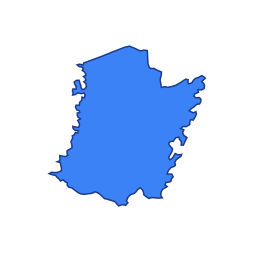 Augusto Pestana, Rio Grande do Sul, Brazil, rotated 68°
{"feature_id": "56859067B36732099712142", "entity_name": "Augusto Pestana", "entity_type": "district", "adm_level": 2, "iso_a3": "BRA", "parent_name": "Brazil", "parent_adm1": "Rio Grande do Sul", "projection": "robinson", "projection_center": [-54.004, -28.532], "detail": "fine", "context": "isolated", "style": "filled", "palette": "blue", "viewbox_px": 256, "rotation_deg": 68, "n_neighbors": 0, "source": "geoboundaries", "source_scale": "gbopen_adm2", "svg_char_len": 3119}
<svg xmlns="http://www.w3.org/2000/svg" viewBox="0 0 256 256"><g transform="rotate(68 128 128)"><path d="M143.7,62.6L140.9,59.5L138.3,58.9L138.4,61.7L136.6,63.5L134.9,64.8L133.6,61.6L133.3,59.5L131.8,55.3L132.5,52.7L130.9,50.7L128.5,49.6L126.5,50.5L125.4,53.8L123.1,55.0L121.4,53.3L121.3,49.3L118.6,48.9L120.3,45.4L119.9,42.6L117.4,41.2L115.5,41.0L112.5,42.3L110.9,37.8L108.9,38.6L107.1,39.9L107.5,43.5L107.3,47.0L108.2,49.4L110.1,52.0L109.8,55.2L108.0,55.4L105.9,54.1L104.4,56.0L104.7,58.6L105.4,61.1L105.8,64.2L106.3,67.9L105.9,72.3L105.1,76.1L103.4,78.6L102.9,81.8L95.3,80.2L90.8,77.0L88.6,76.0L86.1,78.5L84.3,80.3L82.6,81.3L81.8,83.7L80.3,85.6L75.8,85.4L63.4,81.1L61.7,84.2L61.3,87.2L59.6,89.3L57.5,91.1L56.0,92.5L54.7,94.0L52.7,95.9L51.9,101.0L51.8,106.0L51.8,109.0L51.7,111.5L51.7,120.9L51.7,126.1L51.1,144.7L52.8,146.1L50.7,148.9L50.4,151.5L53.0,150.1L54.4,147.7L56.1,146.9L57.4,148.9L60.0,147.2L63.3,147.1L63.6,150.0L65.6,149.0L67.9,149.2L68.7,151.7L71.2,150.3L74.4,151.3L75.6,153.7L75.2,156.1L72.6,156.3L70.7,155.8L68.5,155.8L65.4,155.5L64.5,158.2L65.3,160.8L67.8,160.8L70.4,160.7L72.5,161.5L71.2,164.4L72.9,165.7L75.0,165.7L76.7,167.0L77.2,164.5L76.7,161.2L78.5,158.7L79.3,155.4L81.5,155.6L83.7,157.0L82.1,159.1L84.8,160.4L86.1,163.2L88.7,164.6L87.4,167.5L88.9,168.9L92.0,168.7L93.7,166.7L95.6,167.0L95.1,169.4L97.1,170.2L99.4,170.3L101.7,168.6L102.1,171.8L104.3,171.5L106.9,171.7L108.9,173.5L107.7,175.9L105.8,178.6L107.9,179.1L110.6,177.8L111.8,174.9L113.8,176.5L112.5,178.5L114.2,180.3L114.4,182.6L116.7,183.2L119.4,186.0L122.7,186.4L125.5,187.4L125.8,190.2L126.2,192.9L128.7,194.0L130.7,194.0L131.2,196.5L129.8,199.0L128.0,201.6L130.9,202.6L132.8,203.4L132.8,206.2L134.7,203.8L136.6,204.0L138.7,204.5L140.6,204.8L142.4,205.6L142.9,208.0L142.6,210.6L141.7,213.1L140.4,215.6L140.8,218.2L142.9,215.8L145.0,212.8L147.5,212.2L149.3,211.1L151.8,210.5L151.7,207.5L154.2,206.5L156.1,204.8L158.3,205.8L160.9,204.9L162.5,202.4L165.2,201.0L167.2,199.7L169.8,198.1L171.7,196.0L173.2,193.2L173.8,190.3L174.6,187.7L175.1,184.9L174.7,182.6L176.5,180.6L179.3,178.6L184.7,176.2L186.2,173.9L188.4,171.3L190.0,169.1L191.9,167.5L194.5,166.7L196.8,165.8L196.9,161.9L198.8,159.2L197.3,156.1L195.3,156.9L192.5,154.4L191.4,152.2L190.7,149.9L191.0,146.8L190.2,144.6L188.8,142.3L188.0,139.1L190.0,138.1L192.1,137.6L193.9,137.8L195.7,138.4L198.4,136.9L201.1,135.1L201.4,132.0L202.7,129.4L204.3,126.3L205.6,122.4L202.8,122.9L199.9,121.3L197.9,119.2L197.5,117.0L197.0,113.6L194.8,115.0L192.8,113.4L193.7,108.4L191.7,107.0L190.1,104.4L187.1,104.8L185.3,109.0L183.6,107.6L182.1,105.7L180.7,102.8L180.9,100.6L180.5,98.1L177.2,97.3L175.5,95.2L174.6,91.9L174.2,89.7L172.6,88.2L171.6,91.7L169.3,93.8L171.6,96.6L172.9,98.9L173.2,101.1L170.7,101.5L168.7,99.2L167.1,97.0L165.6,95.4L163.7,94.5L161.2,95.6L159.1,96.2L157.2,95.9L156.4,93.8L157.2,90.9L156.0,89.1L154.9,87.2L155.6,84.2L158.0,84.6L160.5,83.6L163.8,85.1L164.7,83.2L163.0,81.4L160.8,79.1L158.8,76.9L155.9,79.0L152.8,79.1L150.6,76.9L148.3,79.3L147.2,76.6L148.5,73.4L147.9,69.5L145.3,68.3L143.7,66.9L145.1,64.7L143.7,62.6Z" fill="#3b82f6" stroke="#1e3a8a" stroke-width="1.5"/></g></svg>